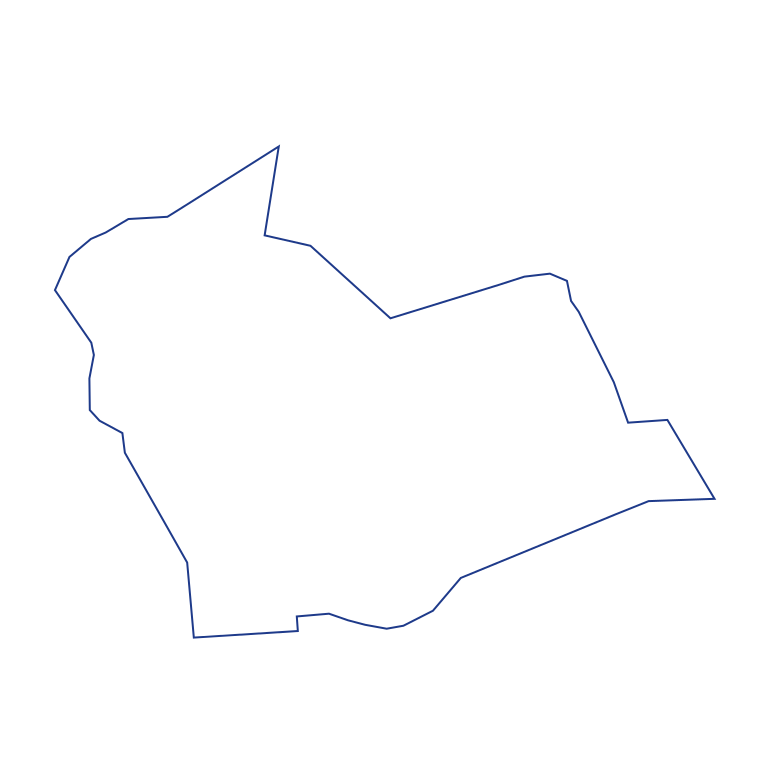 Alto Feliz, Rio Grande do Sul, Brazil, rotated 266°
{"feature_id": "56859067B88467476938960", "entity_name": "Alto Feliz", "entity_type": "district", "adm_level": 2, "iso_a3": "BRA", "parent_name": "Brazil", "parent_adm1": "Rio Grande do Sul", "projection": "equal_earth", "projection_center": [-51.302, -29.37], "detail": "fine", "context": "isolated", "style": "outline", "palette": "blue", "viewbox_px": 768, "rotation_deg": 266, "n_neighbors": 0, "source": "geoboundaries", "source_scale": "gbopen_adm2", "svg_char_len": 675}
<svg xmlns="http://www.w3.org/2000/svg" viewBox="0 0 768 768"><g transform="rotate(266 384 384)"><path d="M453.8,576.4L474.1,573.7L482.5,557.2L481.3,531.5L474.8,505.1L449.1,395.0L527.0,320.3L540.6,275.3L628.3,295.6L575.6,197.8L565.9,179.6L566.4,140.5L554.5,116.9L549.2,101.8L532.7,79.1L500.6,62.3L445.6,94.9L433.2,96.6L410.1,90.5L378.5,88.7L367.2,97.7L353.3,119.6L333.5,120.7L258.4,156.7L219.6,175.2L144.3,176.6L143.6,280.8L158.2,280.8L158.7,313.1L150.8,331.6L145.1,348.4L139.7,369.6L141.5,386.5L154.4,417.0L185.2,447.1L237.9,606.2L248.7,639.8L246.4,705.7L328.4,664.2L328.4,624.8L369.7,613.4L442.4,583.3L453.8,576.4Z" fill="none" stroke="#1e3a8a" stroke-width="2"/></g></svg>